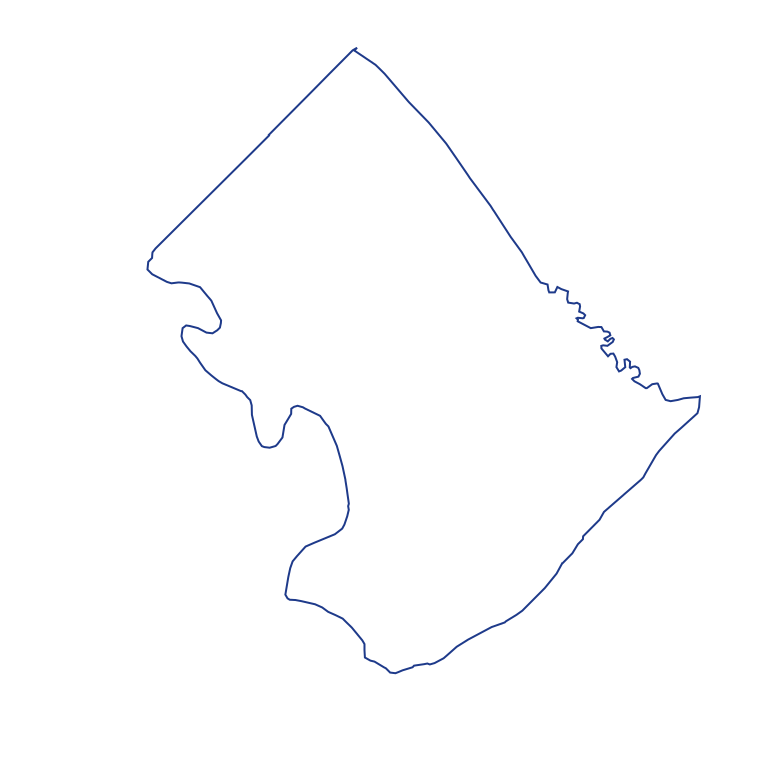 the district of Lower Badibu, North Bank, Gambia, rotated 315°
{"feature_id": "56634734B14945153011857", "entity_name": "Lower Badibu", "entity_type": "district", "adm_level": 2, "iso_a3": "GMB", "parent_name": "Gambia", "parent_adm1": "North Bank", "projection": "robinson", "projection_center": [-16.054, 13.517], "detail": "fine", "context": "isolated", "style": "outline", "palette": "blue", "viewbox_px": 768, "rotation_deg": 315, "n_neighbors": 0, "source": "geoboundaries", "source_scale": "gbopen_adm2", "svg_char_len": 3466}
<svg xmlns="http://www.w3.org/2000/svg" viewBox="0 0 768 768"><g transform="rotate(315 384 384)"><path d="M602.7,127.2L597.8,125.9L564.3,126.0L536.9,126.2L478.7,126.4L478.5,127.0L452.3,127.0L448.4,127.0L356.0,126.7L318.3,126.6L313.4,127.2L311.8,128.5L309.1,130.9L303.7,130.9L297.7,135.8L297.7,142.5L302.7,158.3L304.9,162.5L310.3,166.7L311.0,167.4L312.5,169.1L316.6,174.2L317.4,175.2L322.4,185.5L321.3,197.0L321.0,201.3L320.8,203.1L316.0,215.9L313.8,223.8L311.7,225.6L308.3,227.8L307.9,228.1L304.1,228.1L298.6,226.9L294.8,222.1L292.0,213.0L287.7,205.7L285.5,202.7L281.1,202.1L277.9,204.5L274.6,207.0L271.9,211.8L270.9,217.9L270.3,224.0L270.4,230.7L270.1,234.0L269.0,238.9L267.4,248.0L268.0,255.9L268.6,261.3L269.1,265.0L270.2,269.2L277.9,288.0L278.5,288.6L278.5,291.1L278.5,293.5L278.0,296.5L278.0,300.8L275.3,305.6L268.8,312.4L256.9,331.2L254.7,336.1L253.7,341.6L254.8,344.0L258.1,348.2L263.5,351.2L266.2,351.2L274.4,350.0L284.7,342.6L289.6,341.4L297.2,339.5L301.0,335.9L304.2,336.5L307.5,338.3L310.2,343.1L310.8,345.5L316.3,361.3L315.3,367.2L314.7,371.0L314.7,373.9L314.7,374.7L306.9,394.4L301.6,403.9L296.6,412.7L289.1,424.3L288.5,425.0L283.7,431.6L280.5,435.8L274.5,443.8L272.3,445.0L270.1,448.1L268.9,448.8L264.2,451.7L263.5,452.0L261.1,453.2L256.6,455.4L252.2,456.7L243.0,455.5L225.9,448.4L222.8,447.1L213.6,443.5L200.6,444.2L194.0,444.8L187.5,447.9L179.9,452.8L165.3,463.2L164.2,467.4L164.8,469.9L168.6,474.1L171.9,478.9L179.5,491.0L182.3,498.3L183.4,505.6L184.2,507.7L186.2,512.9L188.9,520.7L188.9,525.6L189.0,533.5L187.4,549.9L186.3,554.1L182.0,558.4L177.1,563.9L178.8,570.0L181.0,573.6L183.7,584.5L184.3,586.3L184.3,592.4L187.6,596.6L190.3,597.8L194.7,599.6L203.9,604.5L206.1,604.4L214.3,610.5L217.0,612.3L218.1,614.7L222.4,617.1L232.2,620.1L236.3,620.4L249.6,621.2L262.7,624.2L288.3,632.0L300.8,638.0L302.4,638.0L314.4,640.9L321.5,642.1L353.5,642.0L372.0,640.1L382.8,636.9L382.8,637.0L397.5,636.9L407.8,634.4L414.9,634.4L417.1,632.5L440.4,632.4L449.1,630.0L478.2,632.0L498.0,633.4L501.3,633.4L505.6,632.1L515.0,629.6L525.1,626.9L526.3,626.6L531.2,625.9L554.5,624.6L563.2,625.2L585.0,626.3L590.4,623.2L598.7,616.1L596.7,615.2L591.1,610.4L585.8,606.0L580.6,603.1L574.5,598.8L571.9,594.4L573.6,588.1L577.9,577.4L577.7,577.0L577.5,576.7L573.5,573.8L567.0,572.8L566.1,571.9L564.8,565.1L563.0,559.2L563.0,555.8L564.3,555.8L569.1,558.7L572.2,557.7L574.3,554.8L575.2,552.4L573.9,549.0L571.7,547.5L569.5,547.1L569.5,546.1L573.8,542.2L573.4,538.3L571.2,536.9L566.5,542.7L561.2,542.2L559.1,541.3L560.3,536.4L564.1,533.6L564.3,533.5L566.8,528.1L567.7,524.7L565.5,522.8L563.3,522.8L562.0,522.8L562.9,512.6L564.6,510.7L566.3,511.6L569.0,515.0L575.5,516.0L578.1,515.0L578.1,513.0L575.9,512.1L572.4,512.1L571.6,508.7L572.0,507.7L575.0,508.7L578.5,509.6L579.8,507.2L579.2,505.4L578.9,504.8L576.7,502.3L578.0,497.5L575.8,495.1L569.7,490.7L565.3,476.6L566.6,475.7L566.6,473.7L567.9,474.2L571.0,478.1L571.9,478.6L574.9,477.6L574.9,475.1L573.2,470.8L577.5,467.8L578.8,465.9L578.4,464.8L577.9,463.0L575.3,461.5L571.8,456.7L573.5,453.5L578.3,449.6L579.6,448.7L576.5,442.3L575.2,438.0L569.6,440.0L565.6,436.1L566.5,434.1L570.0,429.3L566.5,423.0L567.7,414.7L572.2,397.5L573.4,392.8L574.6,388.4L575.6,382.2L577.6,369.5L584.1,339.1L584.2,338.3L585.3,333.5L590.3,299.2L591.0,295.9L595.3,272.8L595.3,272.7L598.0,257.9L600.5,230.7L600.9,203.0L601.0,201.0L603.8,165.1L603.8,160.5L603.7,152.4L598.9,127.6L598.8,127.2L602.7,127.2Z" fill="none" stroke="#1e3a8a" stroke-width="2"/></g></svg>